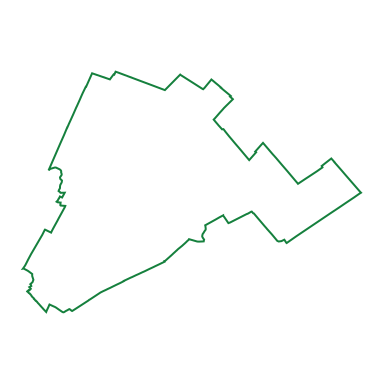 outline of Afumati, Ilfov, Romania
{"feature_id": "2599482B16027234995116", "entity_name": "Afumati", "entity_type": "district", "adm_level": 2, "iso_a3": "ROU", "parent_name": "Romania", "parent_adm1": "Ilfov", "projection": "robinson", "projection_center": [26.254, 44.537], "detail": "fine", "context": "isolated", "style": "outline", "palette": "green", "viewbox_px": 384, "rotation_deg": 0, "n_neighbors": 0, "source": "geoboundaries", "source_scale": "gbopen_adm2", "svg_char_len": 5212}
<svg xmlns="http://www.w3.org/2000/svg" viewBox="0 0 384 384"><path d="M211.4,79.5L210.7,80.4L206.8,85.1L204.1,88.4L203.6,88.6L203.2,89.2L202.8,89.1L197.0,85.4L194.2,83.6L186.0,78.4L180.5,74.9L180.2,74.6L164.9,90.1L151.6,85.1L143.0,81.9L119.8,73.2L118.5,72.7L115.9,71.8L115.6,71.7L114.3,74.6L113.7,74.3L111.2,77.6L109.9,79.4L92.1,73.3L91.7,74.2L89.7,78.7L86.1,86.8L85.8,86.7L85.6,87.1L82.6,93.3L81.4,96.0L79.9,99.5L76.6,106.8L76.5,107.0L76.4,107.1L75.1,110.1L73.3,114.2L70.5,120.4L68.7,124.3L68.3,125.3L68.0,126.0L67.8,126.3L67.4,127.4L67.3,127.6L67.1,128.0L67.0,127.9L64.0,135.1L60.4,143.2L50.1,166.9L48.9,169.6L49.2,169.8L50.2,168.9L54.9,167.5L55.4,167.5L56.0,167.6L59.6,169.3L60.6,170.1L61.1,170.9L61.2,171.9L61.1,172.2L61.3,172.9L61.7,174.2L61.5,175.2L60.2,177.0L60.0,177.6L60.4,179.1L61.8,180.3L62.0,180.6L61.7,182.3L61.6,182.6L60.3,184.9L60.0,186.5L60.0,187.3L60.0,188.0L59.8,188.5L58.8,190.3L58.7,190.8L58.6,191.1L60.7,192.6L60.7,192.8L61.2,192.8L64.7,192.7L64.4,193.3L62.1,197.5L59.9,196.5L59.6,197.2L59.3,197.8L59.1,198.0L59.1,198.4L58.4,199.1L57.8,200.4L56.6,201.7L57.3,202.1L57.7,202.3L59.3,202.4L60.2,202.6L60.6,202.6L60.3,205.1L60.6,205.5L62.6,205.7L65.3,205.9L65.1,206.6L61.5,213.2L59.2,217.4L58.8,218.1L57.4,220.8L54.8,225.5L53.0,228.8L51.8,231.1L51.1,232.6L45.0,229.6L44.9,229.6L44.7,230.0L42.1,235.2L41.9,235.5L31.6,253.2L31.5,253.3L27.7,260.4L27.7,260.5L25.4,265.0L24.6,266.3L23.7,267.6L23.0,268.6L23.5,268.5L27.3,270.5L28.3,271.1L32.2,274.0L32.2,276.0L33.4,279.8L32.5,282.2L30.4,284.1L30.7,284.3L31.3,286.0L29.3,287.1L30.4,288.3L30.8,288.8L29.9,289.8L29.2,290.4L28.8,290.0L28.0,290.7L27.5,291.1L27.3,291.3L27.5,291.5L27.4,291.6L27.8,291.9L28.1,292.2L28.9,293.1L29.6,293.4L29.7,293.6L29.8,293.8L30.0,294.0L30.3,294.1L30.4,294.4L31.0,295.0L31.3,295.4L31.6,295.8L31.6,296.1L31.7,296.3L32.0,296.6L32.3,296.9L33.4,297.9L33.5,298.1L33.9,298.4L34.2,298.8L34.1,299.0L34.3,299.1L34.4,299.3L34.6,299.5L34.8,299.8L35.0,300.0L35.6,300.7L35.8,300.6L36.0,300.8L36.1,301.0L36.4,301.2L36.4,301.3L36.6,301.5L36.8,301.7L37.0,301.8L37.1,302.0L37.5,302.4L37.6,302.6L37.8,302.9L38.5,303.6L38.7,303.8L39.6,304.8L40.7,306.1L41.0,306.3L41.6,307.1L42.1,307.6L42.6,308.1L43.1,308.7L43.3,308.9L43.4,309.1L44.1,309.8L44.5,310.2L44.9,310.6L45.5,311.3L46.0,311.8L46.2,312.0L46.6,310.9L47.0,310.0L48.6,306.6L49.2,305.1L49.5,304.5L53.4,306.3L54.1,306.6L54.8,306.9L55.9,307.5L58.9,309.6L61.1,311.1L62.3,311.9L62.9,312.2L63.6,312.3L63.9,312.2L64.1,312.1L66.0,310.9L66.4,310.7L67.4,310.2L68.9,309.3L69.1,309.2L69.4,309.1L69.6,309.1L69.9,309.4L70.4,309.8L70.6,309.9L70.8,310.1L71.1,310.3L71.3,310.5L71.5,310.7L71.7,310.8L72.1,311.0L72.8,310.6L74.7,309.4L79.8,306.1L83.2,303.9L88.6,300.4L88.8,300.2L89.2,299.8L89.9,299.5L94.3,296.6L98.4,293.9L100.5,292.5L101.1,292.2L103.3,291.1L105.7,290.0L107.9,288.9L109.9,288.0L112.7,286.6L116.6,284.7L120.0,283.1L121.2,282.5L123.9,281.1L123.8,280.9L124.2,280.7L125.5,280.1L131.0,277.5L131.4,277.3L131.6,277.3L136.0,275.2L138.5,274.1L142.3,272.3L144.4,271.4L149.1,269.1L153.6,267.0L155.4,266.1L158.8,264.5L161.7,263.1L164.0,262.0L164.6,261.7L164.3,261.1L164.5,261.0L165.2,260.8L165.8,260.3L167.8,258.5L171.5,255.2L172.4,254.4L173.2,253.6L175.3,251.7L175.7,251.3L176.6,250.5L176.9,250.3L177.3,249.8L178.8,248.5L179.2,248.2L179.7,247.8L182.5,245.5L182.8,245.2L183.8,244.3L184.6,243.6L186.2,242.1L187.5,240.8L187.8,240.6L188.6,239.8L188.8,239.5L189.0,239.5L189.1,239.2L193.3,240.4L194.7,240.8L197.1,241.5L198.2,241.6L199.5,241.6L203.7,241.4L203.9,240.3L204.1,239.6L203.5,238.8L203.0,238.0L202.7,237.6L202.3,236.7L202.2,236.3L202.3,235.6L202.6,234.2L202.8,233.9L203.1,233.4L203.6,232.8L203.8,232.5L203.9,232.3L204.2,231.7L204.9,230.7L205.3,230.2L205.6,229.7L205.7,229.2L205.7,228.5L205.4,226.0L205.2,225.3L207.2,224.2L208.1,223.7L209.2,223.1L213.7,220.6L215.7,219.5L219.5,217.3L219.7,217.2L223.1,215.4L223.1,215.5L224.3,217.1L228.4,223.1L229.2,222.8L229.9,222.6L234.2,220.4L241.5,216.7L246.0,214.4L247.3,213.8L247.6,213.8L251.4,211.6L251.6,211.6L251.8,211.6L253.1,213.2L253.3,213.3L253.6,213.4L253.8,213.4L253.9,213.5L254.0,213.6L258.7,219.2L258.8,219.3L264.4,225.9L266.6,228.4L266.8,228.7L271.9,234.4L277.3,240.9L278.7,241.5L281.5,241.1L284.3,239.7L284.6,240.1L286.1,242.5L286.3,242.5L286.7,243.0L296.4,236.2L320.0,220.3L330.1,213.5L340.3,206.7L345.0,203.5L354.1,197.4L359.4,193.7L361.0,192.7L360.5,192.2L359.5,191.1L345.0,174.4L341.5,170.3L334.4,162.2L334.5,162.1L331.3,158.5L325.0,163.4L322.1,165.7L321.7,166.0L322.4,167.1L322.5,167.4L320.6,168.7L317.2,171.1L308.1,177.1L306.1,178.4L301.6,181.4L299.5,182.8L298.0,183.8L297.7,183.4L295.3,180.6L287.3,171.1L281.6,164.5L276.0,157.9L272.4,153.9L263.0,142.9L260.8,145.3L255.2,151.6L256.1,152.3L249.2,160.1L243.3,153.1L241.4,150.8L234.9,143.2L229.1,136.3L225.4,131.7L224.5,130.5L223.7,129.4L223.3,129.1L222.8,129.2L222.4,129.3L222.0,129.3L221.2,128.3L220.1,127.1L219.6,126.5L219.0,125.9L218.4,125.2L217.5,124.1L216.2,122.6L213.7,119.6L215.1,118.1L219.8,112.7L222.7,109.5L223.9,108.1L224.3,107.7L224.7,107.3L226.3,105.7L232.9,99.2L232.6,98.8L231.5,98.0L230.0,96.6L230.8,96.0L229.5,94.9L225.5,91.6L224.4,90.7L221.3,88.1L221.2,88.0L220.9,87.8L221.1,87.6L217.7,84.7L215.6,83.0L213.5,81.2L211.4,79.5Z" fill="none" stroke="#15803d" stroke-width="2"/></svg>